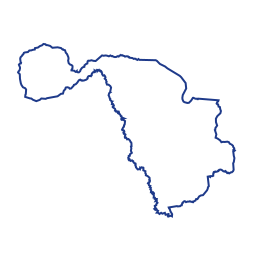 the district of Chimichagua, Cesar, Colombia, rotated 174°
{"feature_id": "7082276B32164017339198", "entity_name": "Chimichagua", "entity_type": "district", "adm_level": 2, "iso_a3": "COL", "parent_name": "Colombia", "parent_adm1": "Cesar", "projection": "orthographic", "projection_center": [-73.748, 9.238], "detail": "fine", "context": "isolated", "style": "outline", "palette": "blue", "viewbox_px": 256, "rotation_deg": 174, "n_neighbors": 0, "source": "geoboundaries", "source_scale": "gbopen_adm2", "svg_char_len": 5844}
<svg xmlns="http://www.w3.org/2000/svg" viewBox="0 0 256 256"><g transform="rotate(174 128 128)"><path d="M29.4,73.1L28.0,74.1L27.3,75.4L27.1,81.9L26.3,83.2L25.3,87.0L25.7,89.3L25.8,94.1L25.4,94.8L25.0,93.9L24.5,94.2L25.0,95.0L24.5,95.0L24.8,95.4L24.5,96.0L24.5,96.8L25.2,97.8L25.5,99.4L27.0,101.0L26.7,101.3L27.2,101.1L28.5,101.8L29.1,103.3L30.5,104.0L33.4,104.0L35.0,104.3L36.6,104.1L37.7,106.1L40.1,108.2L41.9,109.2L40.8,112.4L41.8,116.9L41.4,117.1L41.1,118.8L39.1,121.1L39.9,124.6L39.6,128.1L37.9,130.5L34.6,133.0L33.8,135.2L34.3,137.0L34.4,139.2L35.7,139.8L35.9,142.0L36.6,142.2L37.3,143.0L36.6,144.4L35.6,145.0L35.1,146.1L54.9,149.8L55.2,149.5L55.5,149.7L56.0,149.5L56.2,149.9L58.0,150.1L59.8,151.2L60.3,151.2L62.4,148.6L64.8,146.7L66.4,146.7L69.2,147.8L70.1,148.6L70.8,150.7L70.8,152.3L70.1,155.0L66.0,161.2L66.0,166.7L69.8,173.0L71.1,174.5L82.6,183.2L84.7,185.3L89.6,188.4L92.2,191.7L93.3,192.5L109.5,194.6L110.4,195.5L111.5,194.7L112.7,195.4L113.1,196.0L114.1,196.3L115.0,196.1L116.3,197.1L119.3,197.8L119.4,198.4L120.2,198.6L120.5,199.2L121.8,199.5L123.5,199.3L123.8,199.8L125.6,200.5L125.8,200.9L126.6,200.8L127.5,201.4L128.1,200.9L128.9,200.9L129.8,200.0L131.0,200.5L132.2,199.9L133.6,199.9L135.2,200.5L135.9,201.2L136.8,201.1L137.9,202.0L139.5,201.3L141.5,202.2L142.9,202.5L144.7,202.4L146.2,202.9L153.2,198.0L155.3,198.4L157.3,199.2L159.1,198.9L160.5,199.1L161.2,198.5L161.7,196.4L163.1,196.0L164.8,194.8L165.0,193.4L166.7,193.1L167.7,192.4L169.1,190.8L169.6,189.6L171.0,188.5L172.0,188.6L173.0,189.4L173.0,189.9L173.8,189.2L174.3,189.3L175.5,190.6L178.2,191.2L178.1,191.8L177.0,193.2L176.7,195.4L177.5,196.5L178.9,197.1L180.2,198.7L180.5,201.3L179.9,203.0L179.9,204.6L180.9,207.9L182.0,209.4L182.5,211.9L183.8,212.4L184.3,213.0L184.9,212.9L186.2,214.5L189.6,215.6L194.8,215.7L196.9,217.8L199.4,218.8L200.7,219.0L201.3,219.9L203.3,220.4L204.9,219.2L207.0,218.7L209.2,217.4L212.1,217.2L212.5,215.8L214.5,215.7L216.1,215.3L218.0,215.4L219.6,214.0L222.8,213.9L223.7,213.6L224.3,212.4L225.2,211.9L225.3,211.4L227.5,209.5L228.0,208.0L227.9,204.7L227.5,204.1L227.8,203.4L229.1,203.2L229.9,202.3L229.1,199.7L229.2,198.4L229.9,196.6L231.1,195.6L231.5,194.7L230.0,192.8L230.3,188.2L229.9,183.6L229.4,181.8L228.2,179.5L226.1,178.3L225.3,176.9L226.1,172.4L226.6,171.7L227.0,169.7L222.4,167.7L221.0,167.4L219.7,166.1L216.4,164.3L212.8,165.2L211.1,166.4L206.8,165.6L205.5,166.1L194.7,166.9L191.1,169.0L189.1,169.0L187.9,171.9L186.3,173.1L186.1,174.1L185.5,174.8L183.8,174.8L182.5,174.2L181.9,173.2L180.4,173.3L177.6,175.8L177.3,176.5L175.4,177.0L173.8,178.3L171.9,180.6L170.5,181.1L169.9,180.4L169.1,180.4L168.7,179.8L168.0,180.0L167.1,179.8L164.3,180.5L163.0,181.4L163.0,182.3L162.2,183.4L161.3,183.8L159.8,183.5L159.9,183.9L158.6,184.2L158.3,185.8L157.1,187.0L155.7,187.0L155.7,187.6L155.1,187.7L155.1,188.5L154.6,188.0L154.5,188.3L154.1,188.2L153.6,188.6L153.2,188.4L152.7,189.0L152.4,188.8L152.4,187.9L151.7,188.6L151.4,188.4L150.8,188.8L150.5,188.1L150.0,188.2L149.8,187.7L149.4,187.9L148.9,187.6L148.4,186.8L148.7,186.3L148.0,185.3L148.1,184.2L147.4,182.8L146.2,182.9L146.2,182.4L145.7,182.3L145.3,181.7L145.1,180.6L146.0,179.5L144.8,178.2L144.8,177.1L144.4,176.2L144.9,175.5L144.4,173.4L142.8,173.1L141.2,171.5L140.6,170.0L142.1,165.5L141.8,165.3L143.1,164.6L143.9,162.5L143.5,161.7L143.0,159.3L142.6,158.9L142.9,157.9L141.7,156.7L141.6,156.1L141.2,156.0L141.5,155.8L141.2,154.4L141.5,153.5L140.4,153.4L139.9,152.4L139.7,151.6L140.9,151.1L141.0,150.3L138.9,148.4L138.7,147.4L139.1,146.7L138.2,146.2L139.4,145.5L138.5,145.9L137.7,145.6L136.7,144.6L136.1,144.8L135.9,145.4L135.5,145.3L135.3,143.8L135.9,143.4L134.4,142.3L133.9,140.4L133.3,140.4L133.0,139.1L131.2,138.1L133.5,138.0L133.8,137.7L133.7,137.1L133.3,136.7L131.8,136.7L130.2,135.2L131.0,131.7L131.7,131.2L131.9,129.7L132.7,129.2L134.1,126.9L133.8,126.4L132.6,126.2L132.2,125.7L132.0,124.6L133.0,124.0L132.8,122.7L132.0,122.6L131.2,121.8L132.0,120.1L132.1,118.8L131.9,118.5L130.8,118.6L130.1,116.8L128.7,117.0L127.4,115.4L126.9,113.8L126.3,113.3L126.2,112.4L126.4,109.5L127.0,109.3L126.8,107.5L127.5,105.0L126.8,102.9L128.9,101.6L129.1,100.2L130.2,100.1L130.3,99.1L130.9,98.4L130.7,97.1L130.1,97.2L129.8,96.9L130.6,96.3L130.4,95.9L129.7,96.0L129.0,95.0L127.4,95.4L127.0,94.7L126.3,94.5L126.2,93.5L125.4,92.4L124.3,92.0L124.1,91.3L124.6,90.7L124.6,89.8L124.1,89.2L124.2,88.1L122.7,85.8L121.4,85.8L120.9,86.2L120.4,85.8L120.1,87.1L119.7,86.7L118.8,87.5L118.0,87.1L117.3,87.2L116.8,86.7L117.2,84.3L115.2,83.2L115.5,81.3L115.0,80.4L115.2,79.1L113.6,78.2L111.8,76.3L111.8,74.9L112.3,74.4L112.2,73.4L111.7,73.3L111.7,73.0L112.2,72.0L113.4,71.6L113.9,70.9L113.1,70.4L113.3,69.6L113.1,68.8L111.8,68.0L112.6,66.8L111.5,66.0L112.2,64.6L111.4,63.8L111.9,61.8L110.6,61.7L111.0,60.6L110.8,60.3L109.6,61.2L109.1,60.6L109.0,59.8L109.8,59.2L109.3,57.9L109.8,56.1L108.6,55.8L108.8,54.7L107.0,54.4L108.2,52.5L107.0,52.7L107.2,51.5L106.5,50.5L107.9,49.2L108.0,48.2L109.5,47.8L109.5,46.9L108.9,45.6L110.3,44.8L109.4,43.7L108.1,44.3L107.7,43.2L106.8,42.5L108.2,40.8L106.9,40.6L105.7,39.2L103.9,40.2L102.8,39.2L100.2,39.8L99.7,37.8L96.7,38.2L96.7,37.5L97.6,36.3L97.3,35.7L94.5,36.3L93.5,35.6L93.1,37.7L94.5,40.7L95.0,43.3L95.5,43.6L95.8,44.7L87.4,45.2L86.8,44.8L84.3,44.8L83.7,45.4L82.6,45.5L82.2,46.9L81.5,47.5L81.6,48.0L79.7,49.3L79.0,49.2L78.1,48.2L76.3,48.6L74.9,48.4L74.1,48.7L72.8,47.9L71.7,48.0L71.4,47.5L70.9,47.4L70.5,48.1L68.5,48.8L67.7,50.2L66.4,50.0L64.4,52.5L62.6,53.3L60.4,53.4L55.9,57.8L55.0,59.4L54.7,60.7L53.7,61.7L53.8,71.3L52.4,71.4L51.4,70.7L51.1,71.5L49.0,71.3L48.2,71.6L48.1,73.4L47.7,73.7L47.6,74.6L46.9,74.9L47.0,75.3L45.7,75.6L45.2,75.2L43.7,75.4L42.7,76.2L42.4,75.9L41.6,76.9L40.4,77.0L39.3,76.6L37.7,75.0L36.7,74.6L35.7,75.1L35.3,74.7L35.4,74.2L34.4,73.7L34.1,72.8L33.0,72.6L32.8,72.9L31.9,72.3L30.5,73.1L29.4,73.1Z" fill="none" stroke="#1e3a8a" stroke-width="2"/></g></svg>